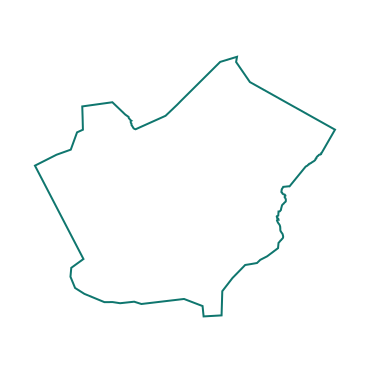 outline of Baacagaan, Bayanhongor, Mongolia, rotated 351°
{"feature_id": "93677404B78729167349448", "entity_name": "Baacagaan", "entity_type": "district", "adm_level": 2, "iso_a3": "MNG", "parent_name": "Mongolia", "parent_adm1": "Bayanhongor", "projection": "mercator", "projection_center": [99.824, 45.619], "detail": "fine", "context": "isolated", "style": "outline", "palette": "teal", "viewbox_px": 384, "rotation_deg": 351, "n_neighbors": 0, "source": "geoboundaries", "source_scale": "gbopen_adm2", "svg_char_len": 2665}
<svg xmlns="http://www.w3.org/2000/svg" viewBox="0 0 384 384"><g transform="rotate(351 192 192)"><path d="M343.0,152.8L266.4,92.5L255.9,70.5L257.6,65.5L240.2,67.9L196.4,99.5L191.0,103.5L177.8,112.6L146.1,121.2L145.1,120.7L144.3,120.0L143.9,119.1L143.5,118.0L143.3,117.6L143.1,117.1L142.8,116.7L142.8,116.2L142.8,115.7L142.9,115.3L142.8,114.8L142.5,114.3L142.4,113.8L142.4,113.0L142.6,112.4L142.9,112.2L143.2,112.1L143.0,111.9L142.8,111.8L142.5,111.5L142.4,111.1L142.0,110.5L141.6,109.9L141.2,109.3L141.1,108.7L141.1,107.9L138.2,105.1L127.4,90.9L97.0,90.3L95.6,101.4L94.0,113.4L87.8,115.1L78.9,131.2L64.0,134.0L41.0,141.4L74.3,241.2L60.9,248.0L58.7,256.7L61.5,268.5L69.8,275.8L88.3,287.1L96.4,288.3L103.6,290.6L117.7,291.3L124.5,294.7L167.4,296.4L184.6,306.3L184.0,316.7L201.9,318.5L206.4,294.7L218.5,283.3L233.1,272.4L238.5,272.4L245.1,272.3L248.8,269.7L256.1,267.3L268.2,260.9L269.5,255.8L271.0,254.6L271.8,253.8L272.5,253.5L273.0,252.9L273.6,252.5L274.1,252.1L274.5,251.7L274.8,251.3L275.1,250.0L275.0,248.9L274.9,247.7L274.4,246.6L274.0,246.0L273.7,245.1L273.3,244.2L273.3,243.7L273.3,243.0L273.5,242.1L273.5,241.2L273.7,240.5L273.6,239.7L273.5,238.7L273.2,237.8L272.8,237.0L272.4,236.4L272.1,235.5L271.8,234.7L271.7,234.3L271.6,233.8L271.5,233.3L271.8,233.0L272.1,232.7L272.5,232.7L273.1,232.9L273.1,232.5L273.1,232.1L272.9,231.8L272.4,231.7L272.1,231.5L272.0,231.1L272.0,230.8L272.2,230.4L271.9,229.9L271.9,229.6L271.9,229.3L272.0,229.2L272.4,229.2L272.9,229.0L273.5,228.8L274.4,224.8L275.2,224.9L275.7,224.8L276.1,224.5L276.6,224.0L277.0,223.7L277.4,222.5L277.9,221.3L278.3,220.5L278.6,219.7L279.1,218.9L280.0,218.2L280.5,218.0L281.7,216.9L282.7,216.4L283.2,215.8L283.4,214.8L283.5,213.9L283.3,212.8L282.9,212.2L282.7,211.8L282.8,211.3L282.9,210.9L283.3,210.5L283.7,210.3L283.7,210.1L283.4,209.9L283.3,209.7L283.3,209.4L283.2,209.1L282.9,208.9L282.2,208.7L281.7,208.4L281.4,208.0L281.1,207.7L281.0,207.4L281.0,206.9L280.8,206.7L280.5,206.5L280.3,206.2L280.3,205.7L280.5,205.4L280.7,204.8L280.7,204.3L280.8,204.0L281.1,203.7L281.1,203.4L281.3,203.0L281.6,202.7L281.9,202.4L282.3,202.0L282.7,201.7L282.9,201.2L288.5,201.5L289.2,201.7L308.1,184.8L308.9,184.4L309.5,184.2L310.1,184.0L310.4,183.8L310.9,183.3L311.2,183.2L311.7,183.1L312.1,182.5L312.4,182.4L313.1,182.4L313.6,182.1L314.1,182.0L315.0,181.5L315.9,181.1L317.0,180.7L318.4,179.9L318.9,179.4L319.0,178.9L319.3,178.7L319.7,178.5L320.1,178.2L320.1,177.6L320.3,177.4L320.7,177.0L321.5,176.3L321.8,176.1L322.3,176.0L322.7,175.6L323.0,175.3L323.7,175.0L324.1,175.0L324.6,175.1L325.4,174.8L325.6,174.5L325.6,173.9L325.8,173.7L326.3,173.5L343.0,152.8Z" fill="none" stroke="#0f766e" stroke-width="2"/></g></svg>